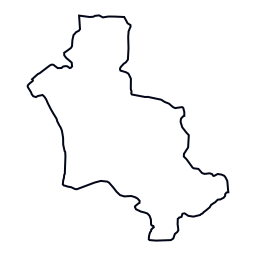 the district of Santa María Ixhuatán, Santa Rosa, Guatemala
{"feature_id": "79465075B67666952430364", "entity_name": "Santa María Ixhuatán", "entity_type": "district", "adm_level": 2, "iso_a3": "GTM", "parent_name": "Guatemala", "parent_adm1": "Santa Rosa", "projection": "robinson", "projection_center": [-90.258, 14.147], "detail": "fine", "context": "isolated", "style": "outline", "palette": "ink", "viewbox_px": 256, "rotation_deg": 0, "n_neighbors": 0, "source": "geoboundaries", "source_scale": "gbopen_adm2", "svg_char_len": 2617}
<svg xmlns="http://www.w3.org/2000/svg" viewBox="0 0 256 256"><path d="M76.9,189.2L94.5,182.6L100.9,180.9L107.2,181.6L109.0,182.6L113.2,187.4L116.6,191.8L120.1,195.1L124.3,196.4L131.2,196.0L134.9,197.1L137.6,198.6L139.6,200.8L139.5,202.9L138.5,203.4L135.1,206.2L134.9,206.9L135.6,208.5L136.1,209.3L140.9,211.6L144.2,212.4L147.4,213.5L149.5,215.7L150.9,219.4L151.1,224.6L152.2,225.7L153.3,226.0L153.8,227.2L151.3,229.5L151.1,230.9L150.0,232.5L149.0,236.1L148.8,239.4L149.7,240.1L156.0,240.6L170.9,240.1L173.3,238.5L174.9,233.9L177.2,232.1L178.3,230.4L178.2,228.8L177.6,224.1L177.8,218.8L178.6,218.3L179.1,217.6L181.5,216.9L182.4,213.9L183.2,213.5L184.7,213.4L188.4,215.9L193.5,216.6L200.1,215.0L201.1,214.1L202.6,213.4L203.6,212.2L205.6,210.7L209.6,207.4L211.1,204.9L213.7,203.1L215.0,202.4L217.7,199.7L220.4,199.4L223.7,197.7L225.1,195.9L225.2,194.1L225.8,193.4L226.5,192.5L228.3,192.3L227.3,181.0L225.4,177.2L224.1,175.7L221.5,174.6L217.7,174.0L213.9,176.0L213.0,175.6L212.2,174.2L209.8,173.3L204.6,173.9L202.1,173.1L198.4,168.9L193.7,168.3L192.6,167.6L186.8,159.6L185.8,158.5L183.8,156.5L184.0,153.7L184.6,152.9L186.0,150.7L188.1,147.5L188.8,135.2L186.4,132.6L183.1,128.4L182.2,127.2L180.6,121.9L180.9,119.1L181.5,118.0L183.4,116.1L184.3,115.9L184.3,112.0L183.3,108.1L182.8,107.5L182.0,107.1L175.2,108.1L173.0,107.1L168.9,103.6L164.8,102.0L161.2,99.7L147.9,96.9L145.1,97.0L131.9,94.5L131.3,93.6L131.5,91.5L130.8,88.9L130.9,78.7L128.9,74.5L128.2,73.5L125.9,72.2L120.5,70.6L120.0,69.4L120.2,68.0L121.1,66.6L123.8,63.7L125.9,62.3L127.9,59.6L128.5,48.4L128.2,36.8L128.6,31.3L129.7,28.6L130.5,26.9L130.5,25.1L127.6,23.3L124.2,17.0L115.1,16.6L108.5,16.5L102.9,17.4L99.1,15.4L95.3,15.8L93.0,16.8L89.6,17.0L79.1,15.6L80.0,29.2L78.8,30.8L76.0,32.2L75.1,33.4L73.5,35.1L72.4,40.2L72.0,46.2L71.0,47.9L66.8,51.0L64.2,52.7L64.2,55.1L64.7,56.0L66.5,58.2L68.6,59.9L71.7,62.6L72.1,66.4L70.8,67.8L69.6,68.0L67.3,66.3L65.7,66.1L63.2,66.5L61.5,68.0L57.7,68.1L53.7,65.0L53.0,64.7L52.1,64.6L51.2,64.8L50.5,65.1L49.6,65.6L49.0,66.1L48.2,66.7L39.7,73.2L37.8,74.1L32.1,79.2L32.6,79.6L32.9,80.5L32.6,81.1L29.9,83.2L28.0,85.1L27.7,85.7L27.7,86.6L28.0,87.3L28.4,88.0L31.1,92.4L31.6,94.0L33.2,96.2L35.9,97.1L37.9,96.0L42.5,95.0L44.3,96.6L46.1,99.3L47.9,103.4L50.8,109.1L53.5,113.8L56.5,118.6L57.3,121.4L59.3,125.3L60.7,127.6L61.6,129.9L61.9,130.8L62.5,134.1L63.1,137.9L63.2,144.6L64.6,151.1L65.2,151.9L65.4,155.2L65.4,157.7L64.8,173.9L64.2,174.9L64.0,177.1L63.8,178.7L63.4,179.4L63.1,181.3L63.0,182.7L62.8,184.4L63.9,185.5L65.7,185.9L67.3,186.5L69.4,186.9L71.2,187.2L75.1,189.1L76.9,189.2Z" fill="none" stroke="#020617" stroke-width="2"/></svg>